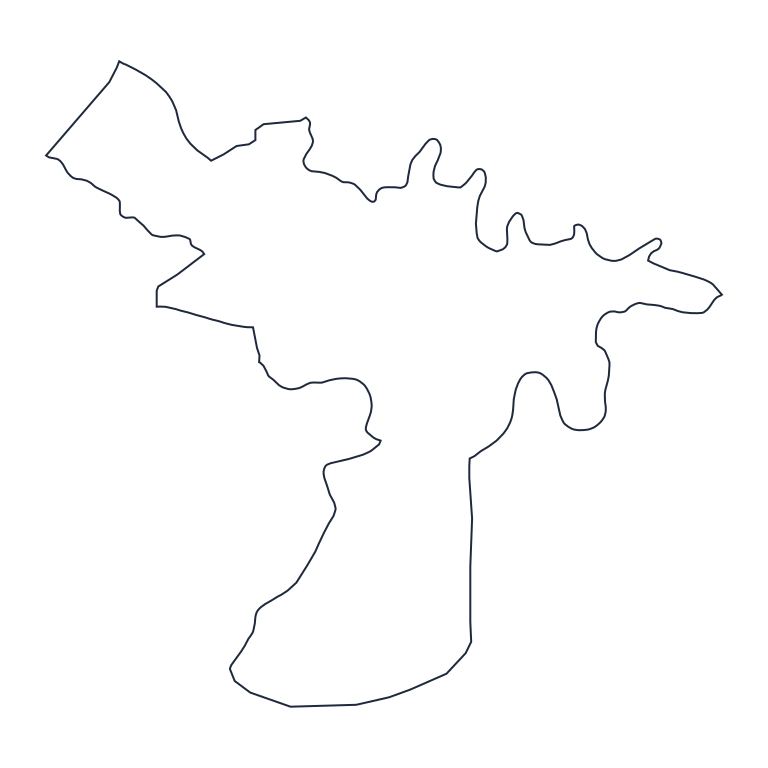 outline of Fond Assau/Babonneau, Dauphin, Saint Lucia
{"feature_id": "8701671B78261941759356", "entity_name": "Fond Assau/Babonneau", "entity_type": "district", "adm_level": 2, "iso_a3": "LCA", "parent_name": "Saint Lucia", "parent_adm1": "Dauphin", "projection": "albers", "projection_center": [-60.936, 13.995], "detail": "fine", "context": "isolated", "style": "outline", "palette": "slate", "viewbox_px": 768, "rotation_deg": 0, "n_neighbors": 0, "source": "geoboundaries", "source_scale": "gbopen_adm2", "svg_char_len": 6099}
<svg xmlns="http://www.w3.org/2000/svg" viewBox="0 0 768 768"><path d="M305.9,117.5L300.3,120.8L263.6,124.2L255.4,130.0L255.4,140.1L248.9,144.3L236.6,146.0L223.6,154.4L211.1,160.7L208.0,158.0L197.2,150.3L190.4,143.7L186.5,138.7L183.7,133.9L181.3,128.8L178.8,121.5L176.1,110.2L172.3,101.4L169.5,96.8L166.0,92.0L156.5,83.2L151.4,79.2L145.4,75.1L135.4,69.4L125.9,64.6L123.2,63.6L119.2,61.3L116.7,67.8L109.3,82.1L46.1,155.5L48.9,157.3L56.9,158.9L58.1,159.4L59.2,160.2L60.8,161.6L63.1,164.6L66.4,170.8L67.6,172.7L71.0,176.3L73.0,177.8L76.0,178.9L81.8,179.4L87.0,180.8L90.9,183.0L95.0,186.6L96.8,187.7L101.7,190.1L108.8,193.3L111.9,194.9L116.6,197.8L118.4,199.5L119.7,201.4L119.9,204.2L119.8,210.9L120.2,213.9L120.7,214.8L122.5,216.4L125.2,217.7L126.3,217.8L132.0,217.4L134.0,217.5L134.7,217.8L140.1,222.7L143.6,225.7L147.7,230.5L151.6,234.5L152.6,235.1L154.5,235.6L160.7,236.9L164.4,236.9L172.3,235.6L175.7,235.4L179.0,235.4L180.8,235.7L185.4,237.1L189.6,239.0L190.2,239.9L190.9,243.9L191.9,245.5L194.3,247.2L200.6,250.2L202.5,251.7L204.2,254.1L177.1,274.7L158.3,286.5L156.7,290.7L156.7,306.7L160.1,306.6L165.5,306.8L175.8,309.1L180.6,310.6L188.2,312.5L195.9,314.9L204.9,317.3L210.8,319.2L218.9,321.2L224.8,323.1L231.9,324.9L243.6,326.8L247.3,327.2L253.0,327.3L257.0,347.9L259.5,355.5L259.1,362.2L259.8,362.4L261.5,363.9L263.5,365.8L266.5,371.5L268.0,375.1L268.9,376.4L273.4,379.8L278.9,385.1L281.6,386.8L283.4,387.6L288.2,389.0L290.8,389.3L292.9,389.2L298.3,388.3L299.9,387.8L302.3,386.7L306.7,384.3L310.3,382.8L313.6,382.5L320.1,382.7L322.0,382.6L329.3,380.3L335.9,378.9L340.3,378.4L345.5,378.2L352.7,378.8L355.7,379.4L357.7,380.2L359.8,381.4L363.4,384.2L365.1,386.0L367.0,388.9L369.4,393.7L370.6,397.3L371.5,402.9L371.7,406.5L371.0,411.6L369.9,415.3L366.9,423.5L365.9,427.3L365.8,429.3L366.2,430.7L367.5,432.6L373.2,437.4L376.1,439.1L380.6,440.6L379.1,444.4L371.3,450.7L368.6,452.2L363.0,454.7L349.1,458.9L330.7,463.2L327.3,464.6L326.3,465.2L325.1,466.7L324.2,468.8L323.6,471.4L323.6,473.9L324.4,478.1L327.3,486.5L329.8,494.6L334.2,502.7L335.6,508.1L335.5,509.8L335.0,511.5L333.6,515.8L328.8,523.5L324.1,532.5L318.6,544.1L315.3,551.6L307.3,565.3L296.4,582.6L287.5,590.7L281.2,594.8L277.5,596.7L271.9,600.2L265.1,604.1L260.7,607.3L258.1,610.0L256.7,612.3L255.9,614.6L255.4,617.0L254.8,623.6L253.3,630.8L252.6,632.7L250.9,635.4L248.4,638.8L244.8,645.7L241.2,651.4L231.4,664.9L230.6,666.7L229.9,669.0L234.7,681.0L250.3,692.6L290.5,706.7L356.2,704.8L389.0,697.3L410.0,689.7L446.5,673.7L465.7,653.1L471.2,641.8L470.3,622.0L470.3,566.5L472.1,518.6L469.3,478.1L469.3,465.9L469.7,458.5L474.5,456.1L480.9,451.1L488.9,446.3L496.6,440.6L503.4,433.6L507.1,428.5L510.2,422.3L511.7,417.9L512.4,414.7L513.1,409.7L513.8,399.0L515.7,389.8L518.0,383.5L520.4,379.0L522.0,376.9L524.7,374.4L526.9,373.2L531.5,372.4L535.9,372.2L538.4,372.6L540.2,373.2L542.7,374.7L546.4,377.8L548.2,379.8L551.3,385.0L554.0,391.8L556.7,399.3L560.3,415.5L562.4,420.3L563.6,422.6L564.7,424.0L568.2,426.7L571.5,428.6L573.9,429.5L576.3,429.9L578.8,430.2L582.9,430.1L587.2,429.7L589.5,429.2L592.6,428.0L594.5,427.1L597.2,425.2L600.1,422.6L602.1,420.3L604.1,417.2L604.8,415.6L605.7,411.7L605.8,407.4L605.0,401.4L604.8,393.7L605.4,389.7L607.9,380.5L608.8,375.8L609.5,365.0L609.4,362.0L608.3,358.8L605.4,352.0L604.3,350.1L601.4,347.9L597.7,345.8L595.8,342.1L596.0,331.8L596.6,327.8L597.7,324.2L599.1,321.4L601.1,318.1L602.7,316.2L604.5,314.6L606.4,313.4L607.9,312.5L610.2,311.6L614.5,311.4L617.8,312.2L620.2,312.4L624.3,311.7L626.0,310.7L629.1,307.5L631.2,306.0L635.3,304.0L639.0,302.9L641.0,303.1L646.9,304.4L654.4,305.0L659.1,305.7L661.7,306.4L665.1,307.8L672.6,309.0L678.1,311.1L682.8,312.3L691.0,313.1L697.4,313.2L702.0,312.9L703.7,312.4L707.4,309.5L709.5,307.0L714.0,300.2L715.8,298.3L717.2,297.1L720.5,295.6L721.9,294.7L713.0,284.5L710.7,282.8L707.3,281.0L703.9,279.5L695.2,276.7L682.2,272.9L677.2,271.6L669.7,270.2L653.7,263.5L648.1,260.6L649.0,256.7L651.1,253.3L653.7,251.3L656.9,249.9L658.6,248.8L659.5,247.7L660.1,246.6L661.3,243.6L661.4,243.0L661.1,241.8L660.7,240.5L659.9,239.5L658.1,238.8L656.8,238.6L655.5,238.7L653.7,239.7L639.1,248.5L629.4,255.1L621.3,259.5L615.7,260.9L611.6,260.8L604.7,259.1L602.5,258.1L597.1,254.3L595.3,252.5L591.6,247.8L589.5,244.1L587.9,239.4L586.7,233.2L585.0,229.1L582.4,226.3L580.8,225.3L578.9,224.6L577.7,224.6L575.8,225.1L574.7,225.6L574.1,226.4L574.3,231.0L574.1,234.4L573.2,236.7L572.2,238.1L570.6,239.0L565.4,240.0L561.4,241.1L555.5,243.4L550.0,244.9L537.8,244.3L535.1,243.9L532.5,242.9L530.9,242.0L529.6,240.3L525.7,232.1L524.5,228.1L523.5,220.1L522.1,216.2L521.4,214.9L521.0,214.5L518.7,213.3L517.4,212.9L516.1,213.2L515.2,213.8L512.8,216.3L509.2,221.7L507.5,225.6L507.1,227.2L506.9,229.6L507.4,239.2L507.3,242.9L507.1,244.3L505.5,247.0L504.6,247.9L502.6,249.4L497.0,251.4L495.2,250.9L488.7,248.0L485.7,246.1L481.1,242.5L479.4,240.8L477.6,238.1L476.7,233.2L475.9,223.6L477.3,206.9L478.3,200.9L479.8,196.0L484.7,186.6L485.7,182.7L485.8,177.3L484.7,172.6L483.8,171.1L481.4,169.3L478.9,169.0L477.8,169.2L476.6,169.7L474.3,172.2L472.0,175.6L466.9,181.9L465.2,183.7L460.6,187.4L458.2,187.4L447.0,186.2L440.2,184.6L436.3,182.8L434.8,180.9L433.6,178.6L433.4,175.0L433.6,171.6L435.0,166.0L437.8,160.1L440.5,153.1L440.8,151.2L440.9,148.0L440.3,145.0L438.9,142.3L437.0,139.9L436.5,139.6L434.7,139.0L432.7,138.9L430.6,139.4L429.5,139.8L428.5,140.7L425.5,143.8L419.6,151.9L415.3,156.1L412.2,160.1L410.4,164.5L408.2,176.3L407.4,182.3L406.2,184.8L405.5,185.8L403.5,187.0L400.7,187.9L395.1,187.3L388.3,187.2L385.0,187.3L381.8,187.9L379.3,189.5L377.0,192.2L376.2,194.6L375.7,199.7L375.0,200.7L374.2,201.5L373.1,201.8L371.4,201.6L369.7,200.6L367.2,198.5L360.4,189.9L355.2,184.9L353.7,183.9L351.2,183.0L348.3,182.3L343.4,182.2L342.8,182.0L341.0,181.2L336.3,177.8L332.6,175.9L324.9,173.0L319.3,171.9L311.5,171.2L309.0,170.1L306.8,168.4L305.8,167.2L304.8,165.7L303.9,163.8L303.4,161.1L303.7,159.2L306.3,154.0L309.7,149.3L311.8,145.7L312.8,142.5L313.0,141.1L312.6,138.7L310.0,132.8L309.1,129.8L309.2,128.5L310.1,124.2L310.0,122.5L309.3,121.0L308.7,120.1L305.9,117.5Z" fill="none" stroke="#1e293b" stroke-width="2"/></svg>